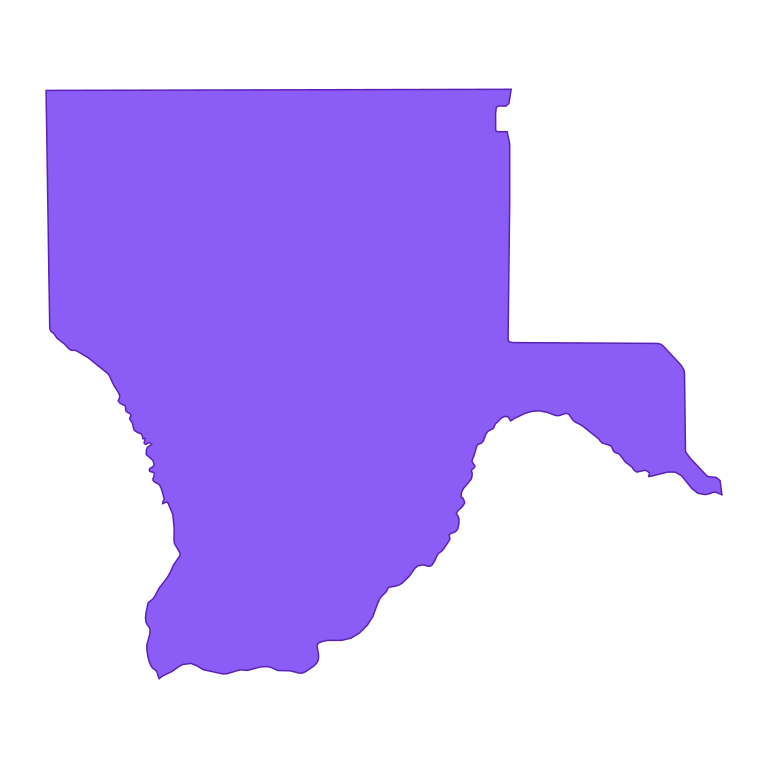 outline of Kgalagadi
{"feature_id": "BWA-2625", "entity_name": "Kgalagadi", "entity_type": "District", "adm_level": 1, "iso_a3": "BWA", "parent_name": "Botswana", "parent_adm1": "", "projection": "orthographic", "projection_center": [21.995, -25.1], "detail": "fine", "context": "isolated", "style": "filled", "palette": "violet", "viewbox_px": 768, "rotation_deg": 0, "n_neighbors": 0, "source": "natural_earth", "source_scale": "10m", "svg_char_len": 3934}
<svg xmlns="http://www.w3.org/2000/svg" viewBox="0 0 768 768"><path d="M142.8,438.8L142.3,435.6L141.5,434.1L137.1,432.2L134.6,430.6L133.6,428.8L132.6,423.7L132.0,422.4L130.4,420.3L129.8,419.1L129.7,417.9L130.4,416.9L130.9,415.9L130.6,414.4L129.6,413.4L126.9,412.0L126.0,411.1L125.7,410.0L125.3,405.7L122.5,404.6L119.7,402.9L118.2,400.7L119.5,398.0L119.7,395.5L118.1,392.0L114.0,385.6L109.2,375.5L107.6,373.4L88.1,357.7L76.6,350.9L75.1,350.4L72.0,350.3L70.6,349.9L68.9,348.8L64.8,344.3L57.0,338.2L54.1,333.8L51.5,331.8L50.5,330.7L49.7,328.0L49.3,299.7L48.8,271.4L48.4,243.1L48.0,214.8L47.5,186.5L47.5,181.9L47.1,158.2L46.7,129.9L46.2,101.6L46.1,90.4L49.0,90.4L511.2,89.3L508.9,103.4L505.8,106.2L499.0,105.9L497.4,106.5L496.2,107.8L495.6,114.0L495.7,129.8L496.0,131.1L497.1,131.5L498.5,131.7L507.1,131.7L509.7,143.8L509.7,202.4L508.1,338.0L508.3,340.1L509.1,341.8L511.2,342.3L513.4,342.6L656.6,343.4L658.9,343.7L661.2,344.4L663.5,346.3L680.5,364.6L682.3,367.2L683.9,369.9L684.5,373.5L685.5,451.8L690.3,458.3L707.1,476.1L709.4,476.8L716.2,477.4L720.1,480.6L721.9,494.7L715.4,492.1L712.5,492.4L709.5,493.7L705.4,494.6L698.0,493.3L691.8,488.5L681.8,476.0L675.3,472.1L667.5,472.1L652.0,476.0L648.8,476.5L648.6,475.7L649.5,474.3L649.3,472.9L647.8,471.6L646.3,470.6L644.6,470.3L636.9,472.1L634.1,470.3L631.9,467.0L625.3,462.0L619.7,454.5L618.4,453.6L615.4,452.6L614.1,451.7L613.1,450.3L611.6,446.8L610.2,445.5L602.0,442.9L600.1,440.9L599.0,439.2L583.5,426.7L579.8,424.3L575.4,422.2L574.0,421.1L572.0,419.0L569.8,415.5L568.5,414.1L566.4,413.4L564.4,413.8L559.5,415.5L556.9,415.7L554.6,415.2L547.8,412.5L539.7,410.8L532.3,411.3L525.2,413.3L514.0,418.6L512.6,419.8L510.8,420.8L509.8,419.9L509.2,418.3L508.2,416.9L504.7,416.4L501.2,418.2L495.3,424.1L494.5,425.6L494.1,427.0L493.5,428.3L491.8,429.3L489.8,430.2L488.2,431.2L486.9,432.6L485.7,434.7L483.3,441.0L481.6,443.0L477.8,444.5L476.8,446.1L473.8,456.3L472.6,458.8L472.2,460.1L472.1,461.5L472.9,463.1L474.3,464.9L475.0,466.6L473.7,468.2L471.7,469.8L471.5,471.1L472.0,472.5L472.2,474.3L471.9,476.7L471.5,478.4L470.6,480.0L464.0,487.8L462.0,491.1L461.1,494.7L461.2,497.0L461.7,497.5L462.6,497.8L463.6,499.5L464.5,501.8L464.7,502.9L463.1,505.6L460.9,508.1L457.9,510.7L456.3,513.4L458.2,516.4L458.9,518.5L459.0,522.1L458.5,526.0L457.8,528.8L456.4,530.8L455.0,531.9L450.8,533.5L449.2,534.8L449.3,536.2L449.8,537.9L449.7,539.8L443.4,549.3L443.1,549.6L441.7,551.1L438.7,553.2L437.1,555.4L434.6,561.1L431.8,565.4L429.3,566.4L422.6,564.9L417.9,565.8L414.7,568.5L409.6,575.9L401.9,583.4L398.4,585.2L396.1,586.0L389.3,587.2L388.0,588.2L386.4,591.5L380.4,597.6L377.6,603.5L372.9,616.5L367.3,625.2L359.8,632.7L351.2,638.1L341.9,640.3L327.6,640.4L323.0,641.3L319.1,642.7L317.3,644.4L317.2,647.0L318.5,654.4L318.6,657.6L318.0,660.6L316.4,663.5L313.7,666.1L305.4,671.8L302.1,673.1L299.0,673.1L290.2,670.8L277.7,670.5L270.5,667.2L267.1,666.6L260.4,666.9L248.1,670.3L246.0,670.4L241.9,669.9L239.8,669.9L227.1,673.7L222.5,673.9L203.1,669.6L197.1,665.9L190.9,663.4L182.7,664.5L178.9,666.5L172.1,671.4L162.7,675.9L159.6,678.3L159.2,678.7L158.4,677.1L156.9,671.9L155.4,670.1L153.2,668.6L152.3,667.7L151.4,666.5L149.3,662.0L147.8,656.0L146.9,650.0L146.8,645.0L149.9,633.8L150.1,630.0L149.4,627.7L147.0,624.3L146.0,622.3L145.5,618.1L145.9,613.3L147.7,604.5L148.3,602.5L152.7,599.2L154.7,596.5L159.0,588.3L167.4,577.4L170.7,571.5L173.4,565.1L179.7,556.0L180.2,553.4L174.5,543.6L174.0,540.5L174.2,528.7L172.8,514.4L168.7,504.7L168.7,504.0L167.0,502.1L166.2,502.1L164.7,502.8L162.7,503.6L162.8,502.0L164.3,498.9L161.1,488.0L159.6,485.1L158.1,483.8L154.3,481.9L153.0,480.3L153.0,478.6L154.3,475.0L154.1,473.2L153.0,472.2L151.3,471.9L149.7,471.4L149.2,469.6L150.0,468.4L153.3,466.4L154.2,464.8L152.9,460.4L146.2,454.5L146.4,449.9L147.4,447.3L151.7,444.5L149.8,442.8L148.4,442.8L147.1,443.7L145.8,444.3L144.3,443.6L144.2,441.9L145.0,439.9L145.1,438.5L142.8,438.8Z" fill="#8b5cf6" stroke="#5b21b6" stroke-width="1.5"/></svg>